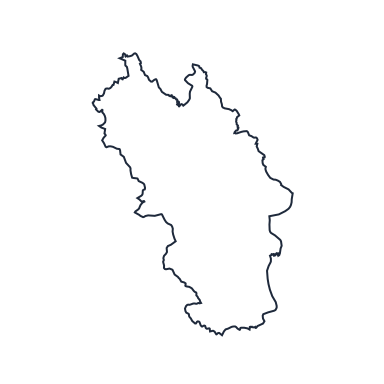 Doan Hung, Phú Thọ, Vietnam, rotated 29°
{"feature_id": "81297802B97239523369157", "entity_name": "Doan Hung", "entity_type": "district", "adm_level": 2, "iso_a3": "VNM", "parent_name": "Vietnam", "parent_adm1": "Phú Thọ", "projection": "mercator", "projection_center": [105.154, 21.615], "detail": "fine", "context": "isolated", "style": "outline", "palette": "slate", "viewbox_px": 384, "rotation_deg": 29, "n_neighbors": 0, "source": "geoboundaries", "source_scale": "gbopen_adm2", "svg_char_len": 6024}
<svg xmlns="http://www.w3.org/2000/svg" viewBox="0 0 384 384"><g transform="rotate(29 192 192)"><path d="M280.7,144.3L279.8,144.4L275.2,142.9L269.7,143.1L266.5,142.7L266.4,142.1L266.0,141.7L264.0,140.5L261.5,140.4L259.2,140.7L257.2,141.6L253.6,141.7L250.3,140.2L247.0,138.2L245.4,136.7L244.8,135.8L244.4,134.2L241.2,133.7L239.8,132.5L238.2,130.1L238.7,128.5L237.5,127.8L237.4,127.4L238.7,126.4L238.4,125.7L237.3,124.7L230.5,124.0L228.5,122.2L226.5,120.8L225.8,118.2L224.3,118.9L224.1,114.6L222.8,113.5L221.5,113.3L219.9,114.4L219.2,114.5L216.9,114.3L214.5,114.7L211.8,112.5L210.4,112.2L207.8,113.9L206.1,115.4L202.9,118.9L201.8,119.6L201.3,119.3L200.5,119.9L200.3,119.0L200.7,117.1L200.9,116.6L201.8,116.1L201.8,114.6L201.1,114.0L201.5,113.3L201.2,113.0L200.6,113.1L200.1,112.7L199.9,111.6L198.3,111.2L197.4,109.7L196.8,109.4L196.2,108.6L196.0,107.5L195.3,106.8L195.5,106.1L195.1,104.8L196.2,102.1L195.2,101.3L191.8,99.4L190.0,99.0L189.3,99.2L188.4,101.6L186.5,101.4L184.2,101.6L180.0,103.0L177.9,103.1L176.8,102.5L175.5,100.7L173.6,98.9L172.0,96.4L170.8,96.0L168.4,94.7L164.3,93.7L160.7,94.1L157.8,92.5L155.1,93.3L153.9,93.1L153.2,92.0L152.8,90.3L151.1,86.5L150.6,86.2L149.7,86.2L149.1,85.6L148.7,83.5L148.3,82.9L147.1,82.2L146.5,80.6L145.5,80.7L144.3,81.5L143.3,80.7L141.4,80.2L140.0,79.3L138.3,79.6L137.3,78.5L135.9,78.5L130.9,79.9L131.4,81.5L132.0,82.2L136.2,85.0L136.6,86.4L136.0,88.7L135.4,89.5L133.0,90.8L132.5,91.5L131.3,94.9L131.2,96.9L131.6,97.5L135.8,98.8L140.6,99.0L141.1,99.4L141.3,100.0L141.6,105.2L142.4,107.2L144.6,110.9L144.8,111.5L144.8,113.0L144.5,115.8L143.0,119.6L142.5,120.7L141.3,120.1L140.1,120.3L139.8,120.8L139.3,123.3L139.0,123.4L138.1,122.6L136.9,122.8L136.4,122.6L136.4,121.8L137.7,121.4L137.6,120.5L136.8,119.5L136.2,119.4L135.2,120.2L134.5,118.6L134.0,118.3L133.2,118.7L132.1,117.9L130.5,118.7L129.3,118.7L129.1,118.3L130.1,117.9L130.1,117.6L128.4,118.0L127.3,117.2L127.0,117.5L127.4,118.1L127.3,118.5L126.1,118.9L125.2,118.9L124.5,118.4L122.2,119.5L117.1,119.0L114.4,117.2L112.3,116.6L106.9,111.3L106.0,110.8L105.4,111.1L104.4,112.7L103.7,114.7L102.6,115.3L100.0,114.7L98.0,113.0L96.7,112.3L94.2,112.5L91.5,110.3L88.3,109.8L87.7,108.1L86.6,106.8L84.3,105.1L84.8,104.0L83.7,102.7L81.9,102.2L78.4,99.5L76.4,98.3L75.0,98.3L74.3,99.0L73.3,101.8L72.0,103.2L70.1,104.7L69.2,104.1L68.3,105.7L67.7,105.3L67.2,104.1L65.1,103.9L64.8,105.1L66.0,107.5L63.9,110.1L70.0,109.5L72.1,113.3L72.5,113.7L74.3,114.1L75.4,115.2L80.2,121.2L78.6,124.4L77.7,125.0L76.7,124.9L76.7,127.1L76.3,127.2L75.1,126.5L73.0,128.5L74.3,132.6L72.0,132.7L70.6,133.0L71.4,136.4L70.7,136.9L70.6,139.0L70.2,140.6L69.2,142.0L67.5,142.6L66.4,143.6L66.4,145.8L67.2,148.4L67.2,150.8L66.9,151.4L65.4,152.7L63.9,152.7L65.0,154.6L66.5,156.4L66.0,156.7L62.6,157.5L62.1,158.0L62.4,160.5L61.8,161.8L62.0,162.3L63.1,163.0L63.7,163.7L68.0,165.4L68.0,166.3L71.2,167.2L72.4,166.8L73.5,163.7L73.9,163.7L74.9,165.8L77.0,166.5L78.8,167.7L80.4,169.3L81.7,171.5L82.2,173.3L81.4,176.2L80.4,177.7L78.7,179.3L81.4,179.6L85.5,179.0L87.1,183.3L88.5,183.8L89.1,184.4L88.4,187.4L88.4,190.4L91.4,192.0L94.5,194.3L95.5,194.3L97.2,192.3L98.7,191.5L101.0,190.8L105.2,190.6L107.8,189.6L108.8,190.3L111.3,193.8L115.3,194.3L120.2,198.5L125.9,200.4L126.8,201.2L127.7,202.9L130.1,205.9L132.7,208.5L134.1,208.1L137.5,206.7L137.9,206.7L140.1,208.3L144.1,208.0L145.8,208.2L146.7,208.7L148.8,211.0L149.2,211.8L149.4,212.7L148.4,213.7L148.3,214.6L149.7,217.6L149.8,218.6L149.5,219.8L147.2,223.8L149.7,224.0L152.4,224.8L153.0,224.6L154.2,223.3L154.6,223.2L155.0,223.5L154.0,224.9L153.6,226.5L153.3,228.5L153.7,232.1L153.4,233.3L151.9,236.5L151.9,237.6L157.0,237.6L158.5,237.9L161.4,237.7L162.2,236.9L162.9,235.6L165.0,233.7L171.0,230.9L175.8,226.3L176.6,226.2L181.4,229.5L183.8,230.8L186.0,231.3L189.8,231.0L191.3,231.8L193.0,233.4L194.2,236.0L196.1,238.3L199.3,241.3L201.6,243.0L199.1,248.4L197.1,251.0L197.0,253.3L199.2,256.6L199.2,258.6L198.5,261.3L198.8,263.0L199.2,264.0L200.3,265.1L200.6,267.1L203.2,269.8L204.3,272.0L205.5,272.5L206.7,272.2L209.4,269.9L212.1,269.5L212.8,269.6L216.8,272.6L220.9,273.1L221.9,273.6L223.3,273.9L226.1,275.6L228.9,274.9L230.6,275.0L231.0,275.4L231.6,277.2L232.0,277.4L233.1,277.2L235.6,276.3L237.7,276.3L238.7,276.4L241.6,277.7L242.9,278.0L244.4,277.9L245.1,278.6L245.9,280.3L247.7,280.9L248.6,281.7L251.1,282.7L252.2,283.8L253.7,284.7L252.6,285.7L251.3,286.0L250.6,287.1L249.8,287.8L248.6,288.1L247.2,288.9L245.1,291.3L244.3,292.0L243.4,292.3L242.6,293.0L242.1,294.7L242.4,297.4L244.1,299.4L245.5,300.3L247.9,300.2L248.5,300.4L249.7,302.0L250.4,302.5L252.2,303.1L254.7,304.7L258.5,305.5L259.2,305.0L259.3,303.1L259.6,302.5L260.7,302.0L261.7,302.2L264.1,304.3L265.6,304.9L266.3,304.6L266.9,303.4L267.7,302.8L268.5,302.8L269.9,304.2L270.6,304.4L271.4,304.4L273.1,302.9L273.7,302.9L275.4,305.2L277.6,303.2L278.0,303.1L279.5,303.2L282.2,304.7L282.5,304.6L283.0,303.0L283.7,302.3L284.2,302.1L287.7,302.7L287.5,298.4L288.0,295.9L289.8,294.0L292.0,290.8L293.2,289.7L294.9,288.7L296.0,288.7L298.1,289.4L300.4,289.5L300.7,289.1L300.3,287.4L300.8,286.9L303.5,285.4L306.6,284.4L309.0,284.4L308.0,282.0L308.3,281.6L309.0,281.7L309.7,280.8L310.3,281.0L312.2,280.2L312.7,279.3L313.7,279.9L314.0,279.6L314.3,277.5L317.9,272.6L318.0,269.9L315.5,268.3L314.6,267.1L313.8,265.9L313.6,264.3L317.0,260.3L321.3,256.1L322.2,254.8L322.2,253.2L322.1,252.1L321.3,250.6L318.6,247.7L312.7,244.2L307.5,239.7L303.5,235.4L300.3,231.3L295.8,224.5L294.9,219.5L294.8,215.4L294.6,214.4L293.3,212.0L291.1,209.9L292.0,208.6L291.8,207.8L292.3,207.7L293.2,206.9L293.6,207.5L294.2,207.1L294.7,207.9L295.3,207.4L295.4,207.2L294.7,206.3L296.1,205.6L295.5,205.1L295.6,204.7L296.5,204.9L296.2,204.4L297.1,203.8L298.0,204.4L297.7,205.0L297.9,205.4L298.2,205.2L298.5,205.7L298.9,205.0L298.6,203.0L296.9,198.5L296.5,195.6L293.8,192.0L292.4,191.1L285.6,189.7L281.0,189.5L279.6,188.9L278.4,187.7L275.5,182.9L273.7,179.0L271.4,175.7L278.8,169.5L282.8,163.6L284.6,159.8L285.0,157.3L284.8,155.2L284.1,152.7L282.7,149.9L280.7,144.3Z" fill="none" stroke="#1e293b" stroke-width="2"/></g></svg>